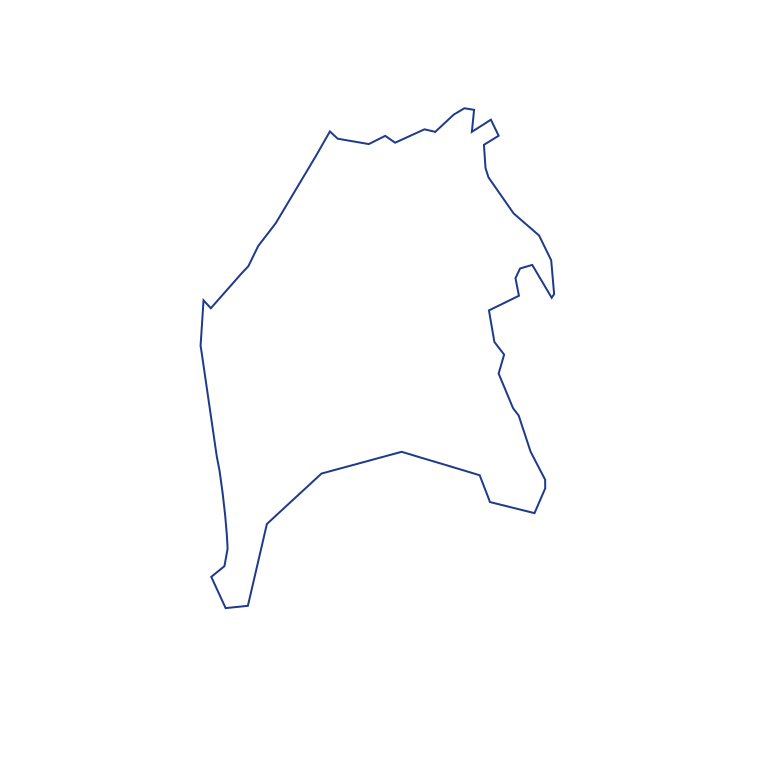 Cataño, Puerto Rico, rotated 128°
{"feature_id": "32010507B33074408407079", "entity_name": "Cataño", "entity_type": "district", "adm_level": 2, "iso_a3": "PRI", "parent_name": "Puerto Rico", "parent_adm1": "", "projection": "orthographic", "projection_center": [-66.144, 18.442], "detail": "fine", "context": "isolated", "style": "outline", "palette": "blue", "viewbox_px": 768, "rotation_deg": 128, "n_neighbors": 0, "source": "geoboundaries", "source_scale": "gbopen_adm2", "svg_char_len": 1018}
<svg xmlns="http://www.w3.org/2000/svg" viewBox="0 0 768 768"><g transform="rotate(128 384 384)"><path d="M642.3,401.4L643.7,398.7L658.1,370.8L657.6,370.3L642.6,354.7L566.4,390.1L542.3,386.2L493.0,378.1L426.6,328.4L417.9,306.0L405.0,273.1L397.0,252.4L397.8,251.1L408.2,233.7L411.8,227.8L393.1,185.9L367.0,192.7L360.2,198.1L347.1,226.8L325.9,258.5L324.1,265.7L323.4,267.8L305.2,300.1L286.9,307.4L282.9,322.9L261.4,346.6L231.4,332.0L219.7,345.5L209.2,347.9L198.9,340.5L212.8,305.0L208.4,305.3L183.6,328.4L171.5,353.2L169.8,386.8L156.9,428.8L151.4,436.9L134.0,452.5L117.8,446.5L109.9,462.5L131.2,470.0L112.5,481.8L117.2,490.4L128.7,494.9L154.0,498.9L154.0,499.4L158.4,508.9L187.0,523.8L187.7,535.8L204.3,543.7L219.2,571.5L218.3,582.1L228.8,580.6L246.6,578.0L324.0,568.3L352.7,568.1L374.7,563.4L384.0,564.3L430.9,567.1L429.2,577.7L466.9,552.0L470.4,548.2L544.3,470.9L553.3,460.5L569.3,444.0L585.4,428.2L599.7,414.9L609.3,406.5L610.7,405.5L625.8,397.6L642.3,401.4Z" fill="none" stroke="#1e3a8a" stroke-width="2"/></g></svg>